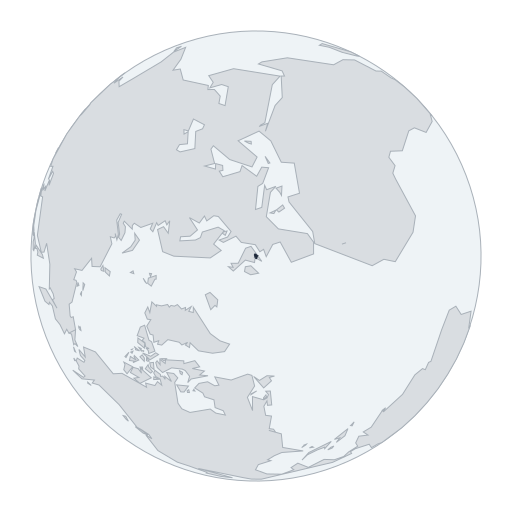 Somerset highlighted on a globe, orthographic projection, rotated 249°
{"feature_id": "GBR-2047", "entity_name": "Somerset", "entity_type": "Administrative County", "adm_level": 1, "iso_a3": "GBR", "parent_name": "United Kingdom", "parent_adm1": "", "projection": "orthographic", "projection_center": [-2.947, 51.075], "detail": "fine", "context": "on_globe", "style": "filled", "palette": "slate", "viewbox_px": 512, "rotation_deg": 249, "n_neighbors": 0, "source": "natural_earth", "source_scale": "10m", "svg_char_len": 11011}
<svg xmlns="http://www.w3.org/2000/svg" viewBox="0 0 512 512"><g transform="rotate(249 256 256)"><circle cx="256" cy="256" r="225" fill="#eef3f6" stroke="#a8b0b8"/><path d="M43.4,330.6L36.7,306.5L36.9,302.5L35.7,295.1L39.7,294.2L40.5,279.7L39.5,274.1L37.4,274.5L35.9,253.5L37.8,239.7L45.7,181.1L49.3,171.9L53.7,164.6L78.3,126.0L57.4,154.6L62.8,144.3L71.2,131.8L71.6,132.6L84.0,118.2L91.8,108.6L109.5,94.7L128.3,89.0L122.7,93.3L127.9,91.9L135.2,86.6L138.7,83.6L166.4,74.9L191.8,63.2L196.1,57.6L198.1,60.7L203.7,49.5L215.1,44.0L204.5,51.5L205.2,53.4L214.1,50.0L216.7,51.3L222.5,50.6L224.8,52.5L218.4,57.3L219.8,58.8L226.0,56.4L232.2,57.2L222.9,60.4L232.8,62.4L224.0,71.7L197.2,80.5L194.5,88.8L172.7,106.8L176.9,107.4L171.3,115.2L174.0,119.0L169.2,121.7L175.5,122.4L179.4,119.2L183.5,118.6L185.5,120.7L179.7,124.3L177.8,123.8L177.2,126.0L173.4,127.0L176.4,127.7L169.1,132.1L179.2,130.9L175.8,137.1L170.2,139.3L167.1,134.8L146.5,130.4L139.9,132.0L133.6,138.3L129.5,158.4L123.7,162.2L118.5,170.4L123.3,170.0L129.1,163.5L136.8,165.2L143.0,157.5L147.0,157.3L154.8,151.5L157.5,157.1L155.9,165.8L149.6,171.0L148.7,175.1L157.9,174.2L149.1,188.4L148.7,205.9L146.0,209.4L135.1,208.1L127.1,197.3L112.9,197.4L126.0,202.3L119.0,211.6L119.5,215.4L122.2,218.0L126.3,216.6L124.8,221.0L111.3,217.3L112.5,213.2L116.8,214.3L112.9,209.5L103.8,207.9L101.0,213.1L90.1,206.5L88.0,210.3L84.4,211.2L88.6,205.5L80.9,215.9L67.7,212.3L57.1,230.2L63.3,209.7L63.0,201.6L61.6,193.8L59.6,196.5L60.4,183.4L56.6,178.9L48.6,188.1L43.1,201.8L42.9,214.7L45.9,212.9L47.6,220.8L39.9,229.1L41.7,246.7L37.7,256.1L37.4,266.1L39.9,272.3L42.0,282.8L45.8,282.1L50.9,287.4L48.7,296.4L53.3,293.1L54.9,302.2L66.4,318.5L64.9,319.3L74.3,343.2L88.1,361.7L91.2,371.1L89.2,373.3L94.8,379.0L95.0,381.6L120.5,402.8L136.2,417.0L137.5,424.6L127.9,426.6L127.4,437.0L112.2,428.6L114.0,430.8L113.7,430.7L100.4,419.0L88.1,406.3L76.9,392.6L66.7,378.2L57.7,362.9L49.9,347.1L43.4,330.6ZM53.6,234.9L55.9,259.8L51.5,251.1L52.9,251.5L53.0,243.9L52.0,232.8L49.0,225.8L53.6,234.9ZM61.5,233.6L60.8,230.0L61.9,232.8L61.5,233.6ZM139.9,82.1L135.0,86.4L127.5,90.9L131.2,87.1L139.9,82.1ZM154.6,74.8L153.1,76.9L147.5,77.7L150.1,76.2L154.6,74.8ZM198.6,53.7L194.2,55.8L197.6,53.3L198.6,53.7ZM222.9,50.1L223.3,49.2L226.1,49.3L222.9,50.1ZM152.8,148.9L153.8,150.2L151.8,150.6L152.8,148.9ZM155.3,145.3L152.4,144.9L153.1,143.1L154.9,143.4L155.3,145.3ZM232.2,52.5L236.6,53.1L231.1,53.2L232.2,52.5ZM158.8,146.3L154.8,140.1L156.1,137.1L164.1,135.8L158.8,146.3ZM238.5,54.0L249.2,55.8L251.1,53.7L251.8,61.1L242.5,56.8L235.3,57.2L239.1,55.6L238.5,54.0ZM179.8,117.4L175.8,120.8L177.3,116.2L179.8,117.4ZM179.8,114.6L178.7,102.0L185.7,98.2L184.6,103.1L192.2,97.0L196.1,101.4L192.9,105.7L187.6,107.1L193.1,107.8L179.8,114.6ZM250.5,65.0L252.2,66.4L249.2,65.9L250.5,65.0ZM185.3,118.0L184.4,115.7L190.4,112.2L193.2,116.3L190.4,116.1L185.3,118.0ZM192.3,93.4L197.2,91.8L201.7,94.8L204.3,94.6L196.8,101.2L192.3,93.4ZM190.0,117.9L194.4,118.5L193.4,122.1L186.5,120.1L190.0,117.9ZM190.8,109.6L193.8,108.2L193.0,110.3L190.8,109.6ZM192.3,135.6L191.1,132.6L194.2,130.5L192.3,135.6ZM196.2,118.6L196.5,117.3L197.6,116.2L200.2,117.4L196.2,118.6ZM200.5,103.0L201.4,104.7L203.8,100.4L207.3,102.7L201.7,106.8L205.6,106.0L206.7,106.7L200.9,109.3L200.5,103.0ZM206.1,115.4L200.1,121.8L201.6,127.7L198.9,129.7L197.1,119.8L206.1,115.4ZM203.5,111.5L204.5,114.3L200.7,115.2L197.7,113.9L203.5,111.5ZM211.7,102.9L207.8,98.3L209.1,97.6L211.7,102.9ZM207.2,116.9L208.6,115.4L207.8,117.2L207.2,116.9ZM211.2,107.0L209.6,105.4L211.2,104.6L211.2,107.0ZM212.7,113.8L210.8,115.7L208.7,114.8L212.7,113.8ZM212.6,110.5L215.2,109.8L209.1,113.3L211.7,109.9L212.6,110.5ZM212.9,106.5L213.4,105.5L213.4,107.3L212.9,106.5ZM221.8,116.4L214.6,120.9L210.0,118.8L217.6,114.6L221.8,116.4ZM468.7,181.8L469.5,184.7L473.0,195.3L474.0,199.3L472.2,193.1L468.2,185.3L470.8,196.0L468.3,190.7L463.1,188.9L465.6,204.4L471.2,237.0L475.9,252.1L476.0,265.1L466.6,256.4L459.2,245.1L457.7,252.3L446.4,251.1L432.3,272.6L428.6,270.7L426.4,276.8L418.1,279.9L411.7,276.0L407.5,281.0L424.0,290.8L428.4,285.4L429.5,273.2L433.5,278.3L441.3,276.5L438.9,302.2L415.3,342.9L410.1,332.6L377.2,312.0L376.6,307.1L376.4,306.7L375.8,306.0L375.7,314.5L369.1,309.5L389.7,327.8L394.5,337.3L415.0,344.0L413.8,347.1L419.5,346.7L434.4,327.1L435.1,331.1L429.8,356.3L406.7,397.0L408.1,407.5L403.7,418.3L385.7,434.3L383.7,439.2L373.9,445.9L370.9,448.9L361.0,455.0L345.8,462.5L323.8,470.6L325.2,469.4L318.5,468.7L310.4,459.1L318.9,449.8L318.1,443.5L301.8,430.3L305.6,419.1L300.6,415.4L290.5,418.2L284.3,413.4L278.0,413.9L236.3,419.3L221.9,411.1L200.8,384.0L207.1,374.2L205.3,361.0L246.5,315.3L258.5,317.7L294.6,306.2L299.7,307.0L299.0,319.1L329.0,325.0L334.5,313.2L358.1,311.1L371.5,303.6L370.0,280.6L348.0,292.5L340.6,284.2L355.5,266.0L374.2,255.7L371.9,252.2L357.2,250.5L358.4,240.3L351.7,249.3L356.7,251.5L352.5,257.3L347.8,255.8L348.4,252.1L341.9,253.4L340.5,271.3L345.4,275.4L330.2,285.2L336.9,293.2L333.9,299.4L321.4,288.3L320.3,282.7L299.6,272.2L299.3,278.8L318.9,289.4L314.1,289.7L313.9,299.5L310.3,292.3L289.0,279.7L273.3,286.6L258.5,312.0L248.3,314.7L237.3,310.5L237.5,286.7L260.4,283.6L260.8,275.8L251.7,265.3L259.5,265.5L258.6,261.1L266.8,259.4L274.0,247.1L281.7,244.4L280.4,230.4L284.1,227.3L283.9,236.3L287.8,241.5L306.4,235.0L308.7,231.0L306.4,222.6L311.8,222.2L307.1,214.9L315.7,207.6L301.3,210.7L298.1,201.6L301.0,192.5L297.4,190.3L292.6,205.2L293.1,210.7L297.6,214.5L296.5,231.0L291.1,235.4L282.3,220.7L273.6,225.5L270.6,212.6L285.3,179.2L293.5,170.4L316.0,173.6L316.5,180.2L308.7,182.2L319.8,188.1L317.0,183.9L321.5,183.8L319.6,175.6L322.7,175.2L315.6,168.4L319.2,167.0L323.6,171.3L323.9,158.7L330.2,154.1L328.8,151.5L325.4,150.1L335.7,145.5L334.2,143.8L330.2,144.6L324.7,142.0L318.8,135.7L322.7,134.4L325.3,136.5L336.7,139.3L343.1,145.5L344.1,144.4L339.4,138.8L325.6,135.3L320.9,131.9L327.5,132.6L324.8,132.0L323.7,130.0L326.2,126.9L319.0,125.8L301.8,106.6L305.0,99.2L312.8,101.7L304.9,88.4L309.1,82.1L305.5,82.7L299.2,77.4L297.8,79.3L295.6,79.3L278.9,67.7L278.0,64.3L266.6,61.0L264.8,61.4L264.8,63.6L251.8,61.1L251.1,53.7L255.4,53.0L252.0,49.3L262.3,48.4L269.2,46.2L282.4,48.0L286.8,46.6L284.9,45.3L289.4,42.8L305.1,42.5L300.5,48.0L278.6,51.5L288.3,50.3L288.5,52.3L293.4,53.1L300.0,52.4L299.3,51.2L322.2,60.6L342.9,65.1L335.6,59.5L336.5,56.9L353.6,59.3L387.7,78.0L389.2,76.6L392.9,78.6L399.6,84.2L394.4,81.3L396.3,84.4L392.4,82.2L401.4,90.8L396.1,88.1L405.7,96.6L407.9,96.5L401.9,89.5L412.5,98.6L413.3,96.4L419.3,101.3L437.9,123.2L448.0,138.7L449.9,141.6L450.8,144.0L456.7,154.9L458.3,156.8L468.7,181.8ZM236.3,340.5L236.1,344.7L236.1,344.8L236.3,340.5ZM397.0,254.9L406.3,246.7L397.0,237.7L399.8,234.0L395.6,232.5L396.3,237.2L385.3,232.2L387.4,224.5L383.7,219.8L380.4,222.4L378.2,237.4L393.9,244.4L393.9,251.7L397.0,254.9ZM66.8,318.9L67.9,322.6L65.9,320.1L66.8,318.9ZM49.3,253.5L50.6,257.3L50.7,260.6L49.4,258.3L49.3,253.5ZM63.8,283.5L66.0,288.2L63.0,284.9L63.8,283.5ZM56.7,263.5L61.9,280.0L56.3,274.6L53.2,264.2L56.2,269.1L56.7,263.5ZM57.7,237.1L58.1,240.1L56.9,241.1L57.7,237.1ZM62.3,235.7L61.9,235.0L62.3,232.5L62.3,235.7ZM119.8,211.8L120.9,212.2L122.8,215.5L120.5,215.3L119.8,211.8ZM140.3,223.3L137.3,230.2L137.8,224.9L133.9,225.7L130.1,215.9L144.4,210.6L138.6,214.6L140.3,223.3ZM129.0,201.9L129.8,208.3L128.3,201.5L129.0,201.9ZM245.6,239.7L249.8,242.2L248.7,247.7L239.0,252.3L240.4,244.3L245.6,239.7ZM256.0,244.6L250.1,229.4L255.9,226.4L253.6,230.6L258.1,230.1L255.6,236.8L267.0,249.1L266.8,254.8L248.9,259.5L254.9,254.6L250.4,252.3L256.0,244.6ZM224.6,200.0L222.1,194.5L238.0,194.8L238.5,200.0L228.8,204.6L222.5,201.2L224.6,200.0ZM173.7,145.8L171.7,144.4L173.3,143.2L176.3,143.5L173.7,145.8ZM191.5,134.4L184.0,151.0L181.4,150.1L180.2,161.4L172.7,163.7L173.8,156.2L167.1,166.6L165.1,160.8L161.4,168.3L164.4,151.4L162.3,146.9L167.5,150.9L174.4,148.9L176.8,146.7L181.8,137.2L180.7,127.0L187.3,123.8L192.4,124.2L193.6,126.1L188.9,127.5L194.0,129.2L188.2,132.7L191.5,134.4ZM247.2,136.7L241.2,136.6L250.5,142.3L244.7,145.1L246.1,145.6L243.3,149.9L242.4,156.1L239.3,156.7L240.3,158.9L238.4,161.9L238.8,165.2L233.2,167.5L233.2,171.8L230.6,170.5L232.0,177.4L228.4,173.4L225.7,177.2L230.6,179.1L199.9,185.5L189.7,192.0L183.2,199.8L178.0,192.4L180.8,180.6L188.1,168.3L198.6,163.4L194.4,161.1L198.2,158.2L199.9,161.2L199.5,154.9L203.0,153.4L209.5,143.7L206.6,136.1L208.9,132.5L211.8,134.8L212.0,129.7L219.1,131.6L220.9,129.2L229.7,128.9L234.3,135.0L236.0,131.9L242.7,131.8L247.2,136.7ZM224.2,116.5L231.1,122.5L231.3,127.2L215.9,125.9L213.3,127.8L203.4,127.5L203.4,120.9L206.2,121.5L208.9,120.6L207.9,123.0L210.8,120.4L214.7,121.3L218.1,119.6L219.4,122.0L224.2,116.5ZM303.4,301.5L307.0,301.0L312.1,299.0L312.0,305.3L303.4,301.5ZM288.8,293.1L291.7,291.6L294.1,299.2L290.4,299.8L288.8,293.1ZM291.2,284.6L291.7,291.0L289.2,287.9L291.2,284.6ZM286.3,234.7L289.2,232.8L290.3,234.5L289.7,237.9L286.3,234.7ZM273.6,155.8L270.2,154.5L270.5,153.2L265.4,147.4L269.3,145.1L273.9,147.6L273.6,155.8ZM367.5,286.4L364.8,292.5L362.2,291.8L363.7,289.8L367.5,286.4ZM338.0,300.6L345.8,300.2L337.9,302.3L338.0,300.6ZM277.0,152.2L274.5,150.1L278.0,150.3L277.0,152.2ZM271.9,143.1L275.7,142.7L269.2,144.1L271.9,143.1ZM430.6,393.9L412.6,417.7L405.3,424.2L406.7,421.6L415.2,409.5L424.6,399.2L430.0,390.7L430.6,393.9ZM476.4,252.6L478.8,256.5L478.5,261.6L476.4,252.6ZM452.0,145.0L454.6,149.9L453.6,148.3L449.7,141.2L452.0,145.0ZM428.0,110.5L424.0,105.9L425.3,107.4L428.0,110.5ZM306.7,132.0L309.5,142.4L314.1,148.9L320.7,150.9L312.6,152.9L305.5,142.7L306.7,132.0ZM302.0,109.7L296.2,108.5L297.9,106.4L299.4,106.4L302.0,109.7ZM299.2,110.8L293.7,114.3L289.9,112.0L294.9,109.6L299.2,110.8ZM285.6,132.8L286.2,135.9L283.3,135.6L285.6,132.8ZM387.8,73.5L385.9,72.5L381.7,69.5L384.2,71.0L387.8,73.5ZM366.4,59.8L380.0,68.4L390.7,76.1L389.5,74.9L395.7,79.4L395.1,79.6L384.5,72.0L377.2,66.7L372.0,63.9L364.1,59.4L359.4,57.9L354.6,55.6L356.6,55.5L366.4,59.8ZM357.7,57.5L346.7,54.5L340.7,50.5L341.7,50.2L349.3,53.1L352.0,55.1L357.7,57.5ZM342.3,52.7L344.8,54.7L333.9,57.1L330.1,56.7L335.2,52.1L337.9,53.8L341.6,54.1L342.3,52.7ZM253.9,65.3L252.3,66.3L252.2,64.8L253.9,65.3ZM295.0,80.4L291.9,80.1L291.9,78.3L295.0,80.4ZM283.4,78.4L285.6,80.7L281.7,78.8L283.4,78.4ZM290.8,85.9L285.7,81.9L292.9,85.0L290.8,85.9Z" fill="#d9dde1" stroke="#a8b0b8" stroke-width="1"/><path d="M254.1,255.3L254.3,255.4L254.5,255.4L254.8,255.5L255.2,255.5L255.4,255.5L255.5,255.5L255.8,255.4L255.8,255.5L255.9,255.4L255.9,255.1L256.0,255.2L256.3,255.1L256.5,255.0L256.8,255.1L257.0,255.1L257.3,255.2L257.5,255.1L257.7,255.3L257.7,255.5L257.5,255.8L257.5,256.0L257.4,256.2L257.4,256.3L257.5,256.3L257.4,256.4L257.3,256.5L257.2,256.5L257.2,256.4L256.9,256.4L256.9,256.5L256.7,256.7L256.6,256.8L256.4,256.9L256.1,256.9L256.0,257.0L256.0,256.9L255.9,256.8L255.7,256.8L255.8,256.7L255.6,256.7L255.4,256.6L255.5,256.5L255.3,256.5L255.2,256.5L255.1,256.4L254.9,256.3L254.9,256.2L254.7,256.1L254.6,256.3L254.4,256.2L254.2,256.0L254.0,255.9L253.9,255.8L253.8,255.7L254.0,255.6L254.1,255.4L254.1,255.3Z" fill="#64748b" stroke="#1e293b" stroke-width="1.5"/></g></svg>